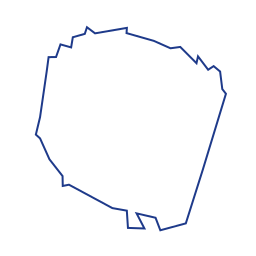 the district of Jackson, Tennessee, United States of America, rotated 190°
{"feature_id": "52423323B54776950346262", "entity_name": "Jackson", "entity_type": "district", "adm_level": 2, "iso_a3": "USA", "parent_name": "United States of America", "parent_adm1": "Tennessee", "projection": "orthographic", "projection_center": [-85.661, 36.368], "detail": "fine", "context": "isolated", "style": "outline", "palette": "blue", "viewbox_px": 256, "rotation_deg": 190, "n_neighbors": 0, "source": "geoboundaries", "source_scale": "gbopen_adm2", "svg_char_len": 594}
<svg xmlns="http://www.w3.org/2000/svg" viewBox="0 0 256 256"><g transform="rotate(190 128 128)"><path d="M47.1,99.9L37.5,178.7L41.9,182.7L47.1,199.6L54.4,203.8L59.2,199.3L71.5,210.7L71.8,203.7L90.6,216.9L100.0,213.9L117.7,218.3L145.9,221.2L146.5,226.4L176.9,215.5L185.9,220.1L186.9,213.2L198.1,207.8L198.0,197.5L209.0,198.6L211.2,185.4L218.5,184.0L217.9,169.7L216.5,123.4L217.6,105.5L212.8,102.5L199.9,83.5L184.1,69.3L182.2,59.6L176.3,61.9L129.5,46.4L114.8,46.4L110.7,29.6L94.4,31.9L104.7,45.4L85.3,44.4L78.4,32.9L54.5,44.1L47.1,99.9Z" fill="none" stroke="#1e3a8a" stroke-width="2"/></g></svg>